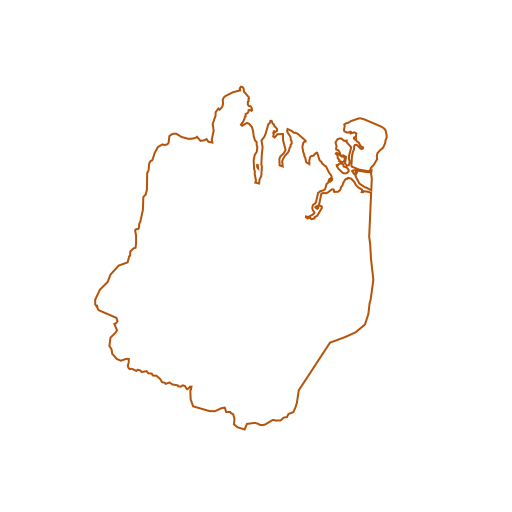 outline of Boke, Boke, Guinea, rotated 153°
{"feature_id": "49546643B57120226425021", "entity_name": "Boke", "entity_type": "district", "adm_level": 2, "iso_a3": "GIN", "parent_name": "Guinea", "parent_adm1": "Boke", "projection": "albers", "projection_center": [-14.504, 11.069], "detail": "fine", "context": "isolated", "style": "outline", "palette": "amber", "viewbox_px": 512, "rotation_deg": 153, "n_neighbors": 0, "source": "geoboundaries", "source_scale": "gbopen_adm2", "svg_char_len": 6149}
<svg xmlns="http://www.w3.org/2000/svg" viewBox="0 0 512 512"><g transform="rotate(153 256 256)"><path d="M382.6,309.8L394.1,305.5L400.0,300.2L410.3,296.9L419.2,290.0L421.2,285.9L420.9,283.2L420.0,284.7L421.1,280.3L420.2,278.4L408.5,264.3L409.0,260.8L411.1,259.6L413.0,259.8L413.6,252.8L416.2,251.4L422.7,249.3L427.5,242.4L427.1,238.3L428.5,234.1L426.8,227.5L424.0,224.1L418.1,223.2L416.1,222.0L417.9,218.7L420.2,216.3L420.4,214.0L419.9,212.6L417.8,211.9L414.8,207.9L413.1,208.4L411.0,206.5L410.5,204.5L405.8,203.1L405.2,200.4L402.3,198.5L402.1,196.3L399.1,194.5L397.2,189.9L397.0,186.3L394.7,184.3L394.5,183.1L390.4,182.5L388.9,179.6L384.5,176.3L384.5,175.2L382.2,173.7L379.9,174.0L378.4,172.4L377.9,168.6L376.3,168.6L374.3,169.5L372.8,168.9L374.6,166.5L375.6,166.0L379.3,157.9L380.3,150.6L367.7,138.8L362.9,136.3L355.9,136.1L352.7,135.1L353.4,130.5L349.9,128.8L349.6,127.3L348.2,125.4L349.1,120.6L352.1,116.0L350.2,111.8L344.9,106.6L340.3,110.5L333.0,107.9L330.3,105.6L329.3,103.8L326.4,102.1L324.1,101.7L315.7,102.3L314.4,101.7L313.4,100.6L308.8,98.3L304.6,99.4L301.5,98.4L299.3,100.2L297.9,100.4L293.7,99.9L289.8,103.0L286.3,106.5L278.9,116.9L229.4,145.2L213.3,143.3L201.9,142.8L190.0,145.5L182.3,153.2L176.1,162.5L173.5,165.3L162.2,181.6L155.0,200.8L148.9,214.8L146.4,221.8L124.8,259.9L126.7,262.1L130.5,264.8L131.6,264.2L132.8,265.0L131.7,265.9L131.5,267.2L133.7,270.5L134.8,273.9L134.8,277.4L136.1,281.7L138.2,283.7L139.0,283.8L139.6,283.2L140.5,283.8L141.8,283.6L144.6,281.9L147.2,279.4L148.9,278.8L151.0,276.6L153.8,276.0L157.3,277.7L156.6,279.6L157.2,280.5L158.3,280.9L163.0,280.0L164.9,280.1L168.1,281.8L169.5,281.8L176.6,273.0L176.5,272.1L174.9,270.3L175.5,268.9L183.3,264.0L186.2,264.0L186.8,262.9L190.0,263.7L190.3,265.6L193.1,266.1L193.9,267.8L193.5,268.5L191.6,267.0L187.2,267.1L184.7,267.7L184.1,268.5L184.6,271.1L184.1,273.1L183.0,274.7L181.9,275.6L179.3,276.0L178.1,276.7L172.1,284.0L169.1,284.5L166.9,284.0L164.7,284.1L163.7,284.6L160.5,288.1L158.6,288.5L155.6,291.3L153.7,291.3L152.7,292.2L152.5,293.5L153.1,297.8L152.9,303.8L154.4,306.6L155.2,309.0L154.9,310.0L155.9,312.4L154.6,320.1L155.0,320.6L158.1,319.9L159.0,319.2L161.3,319.9L162.8,319.6L165.0,317.1L166.8,313.7L168.7,316.7L167.5,321.4L167.7,322.6L167.0,324.4L166.7,327.3L165.1,332.3L162.3,335.5L161.5,335.8L159.7,335.5L159.5,336.3L163.3,345.9L165.0,348.0L166.5,348.8L167.2,350.9L170.2,354.8L171.3,353.6L171.8,351.7L171.2,346.7L172.3,343.2L172.2,342.2L173.2,339.9L174.6,339.4L175.6,337.7L176.8,337.2L179.0,334.7L180.6,333.7L184.7,332.2L187.7,330.3L189.7,328.5L191.6,323.6L193.8,326.1L191.2,331.7L190.4,332.6L189.1,333.6L184.1,335.2L181.5,337.1L179.4,346.6L176.6,352.5L181.7,354.8L185.5,353.1L186.4,354.7L184.6,356.9L184.8,357.7L183.9,357.8L183.6,359.0L183.1,359.0L182.4,357.8L180.7,357.9L179.7,359.0L179.6,360.1L180.7,363.8L180.3,364.7L181.0,366.3L180.8,369.2L181.7,369.9L183.7,368.0L185.1,367.9L192.3,360.2L194.7,358.3L198.7,356.5L200.7,350.0L205.6,342.4L209.8,334.9L210.2,332.9L215.0,324.9L218.3,322.3L220.3,319.2L223.3,321.7L221.9,323.0L219.7,330.2L218.7,331.6L218.2,334.3L214.7,342.3L211.1,346.8L208.1,348.4L205.2,352.6L205.2,354.2L203.7,357.3L204.4,359.3L203.8,363.3L201.8,369.0L201.1,372.8L202.1,376.8L203.7,378.7L209.3,378.4L209.8,379.9L206.5,381.5L203.5,383.9L202.8,385.0L201.9,385.1L200.9,387.2L198.7,387.2L197.1,388.1L196.4,389.3L195.1,389.0L194.1,387.4L193.3,387.7L192.6,389.9L192.8,391.5L193.3,392.5L194.1,392.7L194.6,394.4L193.3,397.1L192.2,397.3L191.6,399.1L190.6,399.7L190.4,400.9L192.1,407.9L190.9,411.1L191.4,412.7L192.6,413.7L194.4,412.7L194.9,410.7L202.2,412.4L210.5,412.4L212.7,411.9L214.8,410.2L216.1,406.9L217.7,404.8L219.6,403.7L222.1,402.9L222.6,404.5L226.7,402.4L228.4,399.3L234.6,393.4L236.8,386.9L242.4,380.0L243.4,376.9L246.5,379.4L247.0,382.6L249.6,382.6L253.2,383.8L254.4,389.0L255.8,388.7L259.7,389.5L263.1,391.1L268.3,395.9L271.5,401.1L273.2,402.1L275.8,402.7L278.8,402.1L282.5,396.5L284.1,395.8L286.7,396.2L288.8,397.9L294.0,397.6L299.3,394.0L305.0,388.3L306.8,388.5L309.3,386.8L312.8,381.1L315.3,379.3L323.0,364.8L326.2,361.0L329.6,359.7L335.8,348.5L343.5,339.1L345.5,337.6L347.3,334.4L348.7,333.5L350.5,334.3L352.0,333.9L353.7,328.3L357.0,321.9L359.6,318.0L361.5,318.4L366.0,317.1L368.0,313.4L369.1,313.3L373.3,308.6L382.6,309.8ZM125.4,301.1L130.1,292.9L129.9,291.9L125.0,286.3L117.4,280.4L115.6,280.4L113.5,282.4L109.4,283.9L104.1,287.3L103.3,289.7L101.2,292.4L97.8,293.8L93.5,294.8L89.5,298.1L88.2,300.1L85.6,302.4L84.6,304.9L83.5,309.3L84.0,311.5L85.5,314.2L97.4,328.5L100.0,330.9L101.8,331.9L110.1,333.1L113.3,332.8L115.1,333.3L117.7,333.1L117.9,331.6L120.5,328.2L120.6,327.0L118.8,324.5L117.4,324.3L116.7,323.5L115.5,323.9L115.1,323.5L115.8,322.2L112.2,321.5L111.0,319.7L112.8,316.8L114.8,317.1L115.4,316.2L115.0,314.9L113.9,314.7L114.4,314.0L113.9,311.9L112.9,310.3L112.9,306.4L111.3,304.2L111.7,303.4L113.2,303.3L114.2,304.4L115.4,308.6L116.2,309.6L117.6,310.0L118.6,309.4L120.2,306.6L122.7,304.5L125.4,301.1ZM130.4,323.0L133.6,321.1L134.4,317.1L136.0,315.3L136.1,314.4L134.7,312.9L134.4,310.1L135.0,307.8L134.5,306.6L132.6,306.1L130.8,303.4L134.6,298.2L134.0,295.3L132.2,294.7L130.8,295.9L129.6,297.9L128.9,300.8L127.6,303.1L121.8,309.6L123.6,316.3L122.8,317.6L125.1,318.5L126.7,322.0L128.2,322.7L130.4,323.0ZM131.0,273.6L127.6,267.5L126.5,266.7L123.5,262.1L117.5,272.8L116.2,276.9L114.4,279.5L116.7,279.1L119.4,280.6L125.6,285.2L126.8,285.7L130.7,282.7L131.1,281.6L131.0,273.6ZM143.2,299.1L142.9,296.0L141.1,291.0L140.3,289.9L138.4,288.8L137.1,288.7L134.9,289.5L134.4,290.6L135.0,293.7L137.3,296.0L136.7,298.2L137.2,298.9L139.0,300.3L140.9,300.3L141.6,299.8L142.8,300.4L143.2,299.1ZM137.4,311.4L138.4,311.0L137.6,308.7L138.8,306.0L138.1,303.4L138.8,302.8L136.2,300.4L135.0,300.4L133.2,301.5L132.2,304.3L134.5,305.7L136.3,309.8L137.4,311.4ZM131.9,287.9L131.2,284.3L129.6,284.8L128.1,286.2L128.1,286.9L129.0,287.6L131.4,288.3L131.9,287.9ZM180.7,272.8L181.1,272.3L180.1,270.2L178.9,270.5L178.0,271.9L178.3,272.7L180.7,272.8ZM156.2,289.5L156.2,288.6L153.7,289.2L153.0,290.1L153.2,290.6L154.3,290.9L156.2,289.5ZM214.6,334.3L214.3,333.2L213.1,336.1L213.8,336.5L214.6,334.3Z" fill="none" stroke="#b45309" stroke-width="2"/></g></svg>